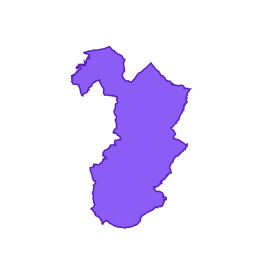 Bezdead, Dâmbovita, Romania, rotated 329°
{"feature_id": "2599482B78531328566142", "entity_name": "Bezdead", "entity_type": "district", "adm_level": 2, "iso_a3": "ROU", "parent_name": "Romania", "parent_adm1": "Dâmbovita", "projection": "equal_earth", "projection_center": [25.509, 45.163], "detail": "fine", "context": "isolated", "style": "filled", "palette": "violet", "viewbox_px": 256, "rotation_deg": 329, "n_neighbors": 0, "source": "geoboundaries", "source_scale": "gbopen_adm2", "svg_char_len": 5882}
<svg xmlns="http://www.w3.org/2000/svg" viewBox="0 0 256 256"><g transform="rotate(329 128 128)"><path d="M84.7,215.0L84.9,214.7L85.4,215.3L86.0,215.3L90.8,213.9L91.5,213.3L91.6,212.5L93.1,211.0L93.9,211.0L95.5,210.3L97.0,210.6L101.0,210.1L102.5,210.6L103.8,210.4L105.8,210.9L109.3,210.5L110.3,209.8L111.9,210.3L111.9,211.3L114.8,211.4L115.3,211.7L115.3,212.1L117.3,212.5L117.4,212.1L118.5,211.7L118.8,211.1L120.9,210.0L121.4,209.1L121.6,207.8L122.3,208.0L123.1,209.0L123.9,209.0L124.7,208.0L124.6,206.6L123.9,206.4L122.5,205.3L124.0,203.9L123.9,201.1L123.1,199.6L122.5,199.1L122.2,198.3L120.8,197.8L119.2,196.4L119.1,194.4L118.9,194.0L119.8,193.6L119.7,193.1L120.2,192.8L119.7,191.9L121.3,192.2L121.2,192.4L121.8,192.9L123.4,193.3L125.2,192.8L125.8,193.0L126.5,192.7L126.8,192.1L127.6,192.3L128.4,193.0L128.7,192.5L128.5,191.3L129.2,191.7L129.0,191.4L129.3,190.5L129.6,190.9L131.7,190.5L132.9,190.7L133.1,190.4L133.3,190.6L134.5,189.9L136.0,189.6L136.5,188.5L136.9,188.5L136.9,189.2L137.6,189.0L137.8,188.6L138.4,188.4L139.2,188.9L139.0,188.6L139.7,187.9L141.2,188.0L141.6,188.8L142.1,188.4L142.6,187.1L142.7,185.6L143.6,182.8L145.8,181.4L146.1,180.6L149.1,180.2L149.8,179.6L150.0,178.8L154.3,176.9L156.2,177.6L156.9,177.5L162.4,176.0L163.4,176.1L164.4,175.5L165.3,175.4L166.0,175.9L166.9,174.7L167.8,174.2L168.7,174.4L169.0,173.8L169.7,173.5L169.6,173.0L170.3,172.3L168.9,172.0L165.3,164.3L161.6,160.6L162.0,160.2L162.6,158.9L165.6,157.7L165.8,153.8L165.7,152.9L165.1,152.1L164.8,150.9L164.9,149.8L166.8,150.0L170.9,148.5L172.2,148.8L172.2,148.1L173.7,147.4L175.9,147.0L178.5,144.3L180.5,143.2L182.2,142.6L183.7,141.6L184.0,140.9L185.1,141.2L185.3,140.2L186.0,140.0L186.8,138.5L187.5,138.0L187.4,137.7L187.8,137.4L188.7,137.5L189.2,137.3L189.4,136.6L190.5,136.7L191.4,136.1L192.0,136.2L192.3,135.7L191.9,134.9L192.7,133.1L193.8,133.1L194.0,131.8L194.3,131.3L196.4,129.7L196.7,128.7L197.1,128.3L199.4,127.8L200.4,126.8L201.4,126.7L199.9,125.7L199.2,124.6L196.6,123.0L197.2,122.5L196.8,119.7L195.4,118.6L192.5,117.4L191.0,115.9L189.5,114.9L189.5,113.8L189.0,112.9L188.7,112.8L188.2,113.5L187.9,113.2L187.9,112.6L188.4,111.7L188.0,109.3L186.5,108.5L185.5,106.9L185.1,104.4L185.4,103.6L184.9,102.8L184.9,101.5L183.2,99.7L183.5,98.0L183.4,95.2L182.2,93.0L181.8,89.8L181.8,88.4L181.3,87.0L181.2,84.1L173.7,86.0L171.4,86.0L170.4,86.5L167.7,86.8L165.3,86.5L162.0,87.7L160.0,88.9L156.6,89.8L155.2,90.6L153.2,89.3L152.8,87.9L151.1,87.1L150.3,86.0L149.7,83.9L149.9,82.6L149.5,81.2L149.7,80.6L152.2,78.0L154.0,77.6L154.6,77.0L156.1,73.9L156.1,72.8L157.4,70.3L158.1,69.5L159.2,69.0L159.5,68.1L160.6,67.6L160.0,66.6L159.6,65.2L159.9,63.8L159.7,62.8L158.3,60.3L157.1,59.0L156.4,56.7L156.0,56.1L155.9,54.7L154.5,52.9L154.8,52.2L154.3,51.0L154.5,50.2L153.8,48.6L148.4,47.8L141.1,45.1L139.2,44.0L138.6,43.4L136.2,43.1L134.3,42.0L129.1,40.7L129.1,41.5L131.6,43.7L132.1,45.6L132.1,46.1L131.2,46.3L131.3,46.9L130.8,47.1L131.0,48.1L130.8,48.3L130.2,47.9L130.0,47.1L129.7,47.6L129.1,47.3L129.1,47.9L128.6,47.6L127.6,47.8L126.3,49.6L126.4,50.1L125.6,50.9L125.1,50.3L125.2,50.0L124.9,49.9L125.1,49.3L125.0,48.6L124.6,49.6L124.4,51.3L123.6,52.4L123.0,51.8L123.6,50.9L123.5,50.6L122.9,50.8L122.3,50.5L121.9,51.6L121.0,50.5L121.3,49.8L120.4,49.1L119.6,49.5L119.5,49.1L119.1,49.4L118.4,49.0L118.3,48.4L117.6,49.2L117.1,49.3L117.1,49.0L115.6,49.7L115.3,49.3L114.1,50.3L115.3,50.0L115.1,50.8L117.1,51.2L117.6,50.9L118.2,51.1L118.1,52.0L118.5,52.8L117.7,53.1L114.9,52.9L114.7,53.3L114.3,53.2L114.8,54.0L113.8,53.3L113.0,53.7L112.7,54.3L112.0,53.7L110.6,54.7L109.4,54.4L108.9,55.1L108.2,55.2L107.9,55.1L108.1,54.3L106.7,54.2L106.2,54.8L106.7,55.4L104.9,56.8L105.1,58.2L103.7,59.0L103.5,59.5L103.9,59.8L104.0,60.3L103.5,61.7L104.6,63.0L105.9,63.6L106.9,64.4L107.2,65.3L108.2,66.4L107.4,67.1L106.9,70.4L105.9,72.7L105.7,74.3L105.2,75.7L105.8,77.1L107.3,75.9L111.3,76.3L112.1,75.8L112.7,74.9L113.5,74.8L113.8,75.2L114.0,74.8L114.5,74.7L114.2,74.0L114.8,73.3L115.6,73.2L116.2,73.5L117.5,73.0L118.5,73.4L119.2,72.2L120.6,71.5L121.4,71.6L122.7,71.3L123.0,71.6L125.0,71.1L125.2,71.5L128.5,72.2L128.6,72.4L128.0,72.7L127.4,74.1L127.5,76.7L127.1,77.8L127.5,80.6L127.2,82.7L126.4,83.2L125.4,85.1L125.0,85.2L124.9,87.4L125.3,88.1L127.7,89.2L128.6,90.4L129.9,91.4L131.3,92.0L131.4,92.8L132.8,93.2L133.2,94.6L134.2,95.6L134.9,95.8L133.6,97.4L132.9,97.5L132.7,97.9L132.7,99.5L132.4,100.7L131.9,101.1L130.6,100.9L129.6,101.2L128.6,102.4L127.7,104.2L126.1,105.5L125.2,105.8L124.4,106.8L123.6,109.9L124.1,111.5L124.0,112.3L122.9,114.0L121.6,114.2L121.1,114.6L120.8,116.9L120.3,117.6L120.1,119.1L119.2,120.1L119.1,121.1L118.4,121.7L116.4,122.1L115.1,122.7L114.6,123.4L113.2,123.8L113.0,124.8L114.1,125.9L114.8,126.0L115.4,127.6L115.3,128.9L116.0,129.7L116.6,132.0L115.5,134.4L114.2,133.2L112.8,133.0L110.4,132.0L109.6,132.7L108.8,134.3L108.9,135.8L108.3,136.5L107.5,135.2L105.6,134.5L104.6,133.7L103.2,134.2L103.3,134.7L101.5,135.3L97.4,135.6L96.6,135.1L93.9,136.4L92.2,138.7L93.3,140.4L93.3,141.3L92.9,141.3L93.0,141.9L93.8,141.8L93.8,142.5L94.0,143.0L93.6,143.2L92.8,142.6L91.0,142.3L91.0,141.9L89.9,142.4L88.8,144.0L88.5,143.7L87.6,144.3L86.6,143.9L84.4,144.6L83.3,144.2L82.0,142.8L80.0,141.5L79.1,142.3L79.2,143.4L76.3,143.1L75.1,142.6L73.7,145.3L73.0,149.5L72.1,152.0L71.7,152.5L71.8,153.1L71.4,155.0L71.7,155.5L71.7,156.1L72.7,156.5L71.7,158.5L69.2,159.2L68.5,160.1L68.2,161.3L67.1,162.4L66.0,164.1L64.8,164.8L64.5,165.5L63.6,166.0L63.8,167.0L63.3,168.7L61.8,170.1L61.1,172.6L60.2,174.0L60.1,174.7L60.4,175.6L59.6,176.7L57.8,178.1L56.6,178.3L55.4,177.9L54.6,178.4L55.1,179.4L55.4,179.5L55.7,182.4L56.2,183.3L55.8,183.5L56.1,184.2L55.4,184.3L55.2,186.3L57.6,190.0L57.3,191.6L57.5,192.4L57.4,195.2L56.4,196.6L56.8,197.4L59.0,196.1L61.6,196.3L62.7,198.0L63.2,200.2L64.9,202.6L65.5,204.1L68.3,207.6L70.3,208.8L74.2,212.3L76.4,212.6L77.5,213.4L81.0,214.6L84.7,215.0Z" fill="#8b5cf6" stroke="#5b21b6" stroke-width="1.5"/></g></svg>